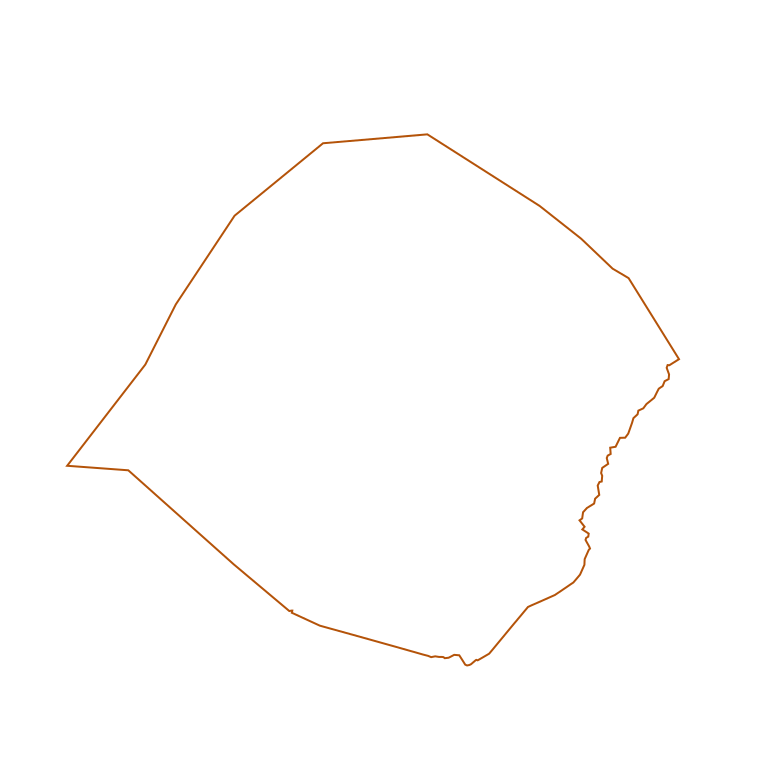 San Mateo Tlapiltepec, Oaxaca, Mexico (Albers equal-area conic projection), rotated 201°
{"feature_id": "50627088B46903658008737", "entity_name": "San Mateo Tlapiltepec", "entity_type": "district", "adm_level": 2, "iso_a3": "MEX", "parent_name": "Mexico", "parent_adm1": "Oaxaca", "projection": "albers", "projection_center": [-97.446, 17.804], "detail": "fine", "context": "isolated", "style": "outline", "palette": "amber", "viewbox_px": 768, "rotation_deg": 201, "n_neighbors": 0, "source": "geoboundaries", "source_scale": "gbopen_adm2", "svg_char_len": 1654}
<svg xmlns="http://www.w3.org/2000/svg" viewBox="0 0 768 768"><g transform="rotate(201 384 384)"><path d="M433.0,632.6L527.2,586.9L583.8,487.6L606.9,383.7L613.8,316.6L650.5,194.1L591.8,211.8L459.7,161.8L391.0,138.1L389.2,139.3L388.7,139.5L388.4,139.6L388.2,138.5L388.1,137.4L357.3,135.4L305.2,140.4L301.9,140.7L297.7,141.1L291.2,141.7L278.5,142.9L262.9,144.3L259.9,144.6L255.2,145.0L250.6,145.4L245.4,146.0L242.1,145.9L238.6,148.1L234.9,148.9L232.0,150.0L230.6,150.3L229.0,149.8L225.6,151.6L224.5,152.8L221.4,156.3L216.5,157.7L212.0,154.4L207.6,151.1L205.6,151.0L203.7,152.2L202.4,153.5L199.4,159.0L199.2,159.2L199.0,159.5L197.5,159.6L193.6,164.4L189.2,169.9L187.7,174.2L178.7,201.0L176.4,207.8L175.5,210.3L175.0,211.8L174.9,212.2L173.6,215.9L171.5,222.1L170.5,225.0L169.7,227.4L166.8,230.4L159.2,237.9L153.8,243.3L148.8,248.3L148.4,248.9L140.9,259.6L137.9,264.0L136.1,266.5L133.9,272.7L132.7,276.2L132.6,277.5L132.1,287.0L133.9,292.4L133.4,302.5L132.7,304.2L134.2,305.8L138.4,309.3L140.0,310.7L140.1,312.8L138.6,314.7L139.3,317.7L141.5,318.2L146.7,319.3L145.6,322.6L152.6,326.8L150.8,329.5L152.2,335.6L150.1,341.0L145.0,347.7L145.8,352.6L143.3,357.6L148.1,365.8L147.7,369.7L145.8,371.0L147.4,376.5L149.4,378.7L150.2,383.9L146.1,389.8L149.5,394.7L149.5,397.3L147.3,399.9L150.0,405.6L145.3,408.4L144.4,418.3L139.6,420.3L138.2,425.2L138.5,436.6L138.9,441.5L136.4,446.6L137.0,450.3L133.2,454.2L131.8,459.3L126.8,468.0L126.2,474.5L125.8,478.1L123.1,482.0L123.0,487.2L120.0,490.6L121.3,495.1L125.9,500.4L126.0,503.3L124.3,503.8L117.5,512.9L193.6,570.5L211.9,573.6L252.0,590.3L302.5,606.0L433.0,632.6Z" fill="none" stroke="#b45309" stroke-width="2"/></g></svg>